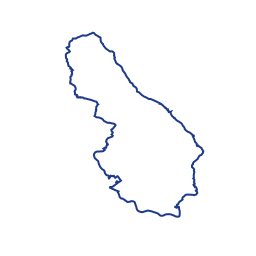 Axente Sever, Sibiu, Romania, rotated 207°
{"feature_id": "2599482B14007981056124", "entity_name": "Axente Sever", "entity_type": "district", "adm_level": 2, "iso_a3": "ROU", "parent_name": "Romania", "parent_adm1": "Sibiu", "projection": "robinson", "projection_center": [24.236, 46.068], "detail": "fine", "context": "isolated", "style": "outline", "palette": "blue", "viewbox_px": 256, "rotation_deg": 207, "n_neighbors": 0, "source": "geoboundaries", "source_scale": "gbopen_adm2", "svg_char_len": 5793}
<svg xmlns="http://www.w3.org/2000/svg" viewBox="0 0 256 256"><g transform="rotate(207 128 128)"><path d="M219.2,171.6L218.1,171.0L216.3,170.6L214.6,169.9L214.8,168.9L216.4,166.9L216.6,166.1L216.7,165.1L215.2,162.5L214.2,161.7L213.6,161.7L213.0,160.9L212.9,159.7L211.8,159.3L211.3,159.0L210.9,158.6L210.5,157.8L209.8,157.2L209.3,156.3L208.0,156.2L206.5,155.8L206.2,155.6L206.3,154.8L205.0,155.0L203.8,154.6L204.5,154.1L204.5,153.7L204.0,153.3L204.0,152.8L203.3,152.7L203.0,151.6L202.3,150.8L202.3,150.4L202.5,149.9L202.3,149.4L202.0,149.1L202.1,148.6L202.5,147.7L202.4,147.0L201.2,145.4L200.9,144.7L200.7,143.6L200.5,143.4L200.4,142.6L199.9,142.3L199.7,141.5L198.9,141.7L195.4,141.4L194.5,141.2L193.2,140.2L192.6,139.6L192.2,138.7L192.1,138.2L192.3,136.5L191.4,135.6L191.1,134.9L190.4,133.9L188.5,134.2L188.4,133.8L188.0,133.7L188.0,133.3L187.6,133.4L187.5,132.9L186.9,132.6L186.3,132.6L186.1,132.9L185.7,133.0L185.9,132.7L185.6,132.8L185.4,133.2L184.9,133.4L184.8,133.6L184.1,133.5L183.7,133.7L183.7,134.0L183.4,134.0L182.8,134.4L181.5,134.7L180.3,134.4L179.5,134.9L178.2,135.3L176.6,135.5L175.1,136.0L174.4,136.0L173.6,136.3L169.7,136.7L168.1,137.1L167.2,136.7L166.1,135.7L165.4,135.5L165.7,135.1L165.8,134.8L165.5,133.9L165.9,132.6L165.2,130.9L164.5,129.8L164.8,129.5L164.1,128.4L164.2,127.8L164.0,126.8L163.4,125.6L163.3,123.5L160.8,123.3L158.2,124.3L156.9,124.3L156.1,124.5L154.6,124.3L152.8,123.4L149.0,123.3L147.3,123.9L146.9,124.3L144.7,124.7L142.7,125.4L141.5,125.4L140.4,124.9L140.3,124.7L140.9,121.8L141.4,120.1L142.1,119.0L141.2,117.8L140.7,117.5L139.8,117.3L139.5,117.0L139.5,115.9L139.7,114.8L138.0,114.2L138.0,113.5L138.1,113.3L141.4,109.6L141.7,107.5L141.4,106.6L141.4,106.0L140.2,105.1L139.6,104.5L139.5,104.2L139.1,104.2L138.9,104.5L138.4,104.1L138.9,103.3L139.0,102.8L139.0,102.1L138.6,101.1L138.5,100.6L139.5,100.2L139.6,99.8L139.9,99.5L140.2,99.1L140.2,98.7L140.4,98.5L138.7,98.0L139.6,96.1L140.1,95.7L143.5,93.7L144.8,93.0L145.4,92.5L146.3,91.1L146.3,89.1L146.1,88.4L144.4,86.5L143.6,86.0L139.5,84.9L137.9,83.0L136.4,81.7L135.1,80.7L133.8,80.1L132.5,79.6L130.4,79.4L129.5,79.0L128.8,78.4L128.6,77.8L128.1,77.4L127.0,76.7L126.1,76.4L125.0,76.4L124.2,76.6L123.6,76.7L123.2,76.4L122.8,75.7L122.8,75.2L122.5,74.7L122.0,74.4L121.8,74.8L121.7,75.5L121.8,77.6L120.8,77.7L119.4,78.6L119.3,78.4L118.6,78.8L117.7,78.1L116.8,77.8L116.2,78.9L115.9,79.8L115.4,80.3L114.3,79.9L112.8,79.1L112.7,79.0L110.4,77.9L111.7,75.4L113.7,75.5L114.0,74.2L112.6,73.7L114.8,69.1L115.8,68.1L117.1,67.3L117.1,67.1L116.9,66.6L110.8,66.9L107.7,67.2L107.8,66.6L108.0,66.4L107.9,66.0L106.9,65.6L106.3,65.0L105.8,64.6L104.2,62.8L103.6,62.5L102.0,62.1L101.6,62.4L100.6,62.6L99.4,62.4L98.6,62.6L97.6,62.1L96.9,62.2L95.0,61.8L94.1,62.3L92.7,63.3L92.5,63.7L91.9,64.3L89.8,65.1L88.7,65.0L88.0,64.7L86.9,63.4L84.9,61.6L83.8,60.2L82.9,59.4L81.4,58.8L79.8,58.8L78.5,59.0L77.0,59.5L73.3,63.1L71.8,63.8L68.9,64.5L63.7,65.3L62.4,65.4L59.9,64.7L58.9,64.8L58.2,65.0L56.6,66.2L55.4,67.9L54.5,68.6L53.2,69.4L51.8,70.1L50.3,70.5L47.8,70.8L45.8,70.8L44.1,71.2L42.8,71.9L42.4,72.4L42.2,72.9L42.3,73.5L43.8,76.7L44.4,77.7L45.5,78.7L46.7,80.7L47.9,80.7L48.0,79.8L48.2,79.2L48.6,79.0L51.0,79.0L49.2,79.4L48.7,79.8L49.5,81.4L49.5,81.8L49.4,82.2L48.9,82.7L48.7,83.0L48.7,83.4L48.9,84.2L48.7,85.5L46.9,89.0L47.3,89.3L47.8,90.6L47.6,91.6L47.1,92.3L46.5,94.2L45.6,95.2L44.8,95.7L41.8,97.0L40.3,97.8L38.6,98.1L37.8,99.0L37.2,99.5L37.0,100.2L36.8,101.7L37.2,102.2L39.1,102.9L39.1,103.1L38.3,103.4L38.6,103.9L38.8,104.6L39.9,105.7L41.4,106.4L41.7,105.8L42.7,106.5L43.0,106.5L43.9,107.2L43.8,107.5L43.2,108.1L43.2,108.6L43.6,109.0L44.4,109.4L44.8,109.8L44.7,110.5L45.6,112.2L45.9,112.4L46.8,112.6L46.6,113.2L48.2,116.2L48.3,116.9L48.8,118.1L48.8,118.8L50.0,119.9L50.2,121.1L51.6,121.9L52.6,122.0L53.2,122.2L54.1,123.8L53.6,125.3L54.0,126.0L54.1,126.7L53.9,127.6L52.6,130.3L51.8,132.3L52.0,132.9L51.7,135.9L50.5,137.2L50.2,137.9L50.3,138.7L49.9,140.0L50.3,141.4L50.8,141.5L51.4,142.2L52.5,142.6L53.5,143.6L56.1,143.8L57.5,144.2L57.7,143.6L58.1,143.3L59.1,144.0L59.4,144.9L59.8,145.4L61.8,146.0L64.2,148.3L66.5,150.1L65.7,150.7L65.9,151.1L67.2,151.2L71.0,152.0L72.9,151.8L75.3,152.2L76.9,152.8L77.3,153.4L77.7,153.6L78.8,154.5L79.9,154.7L81.6,156.0L82.9,156.5L83.7,156.6L84.7,156.6L85.2,156.8L87.3,156.8L89.2,157.2L89.9,157.4L90.3,157.9L90.8,158.0L91.6,157.8L92.0,158.2L94.1,158.6L96.4,160.2L97.3,161.2L97.2,162.0L97.8,161.4L98.9,160.7L99.5,161.1L100.3,161.9L100.3,162.1L100.2,162.1L100.5,162.3L100.8,162.6L101.2,162.0L102.0,162.6L103.9,162.8L103.9,163.2L104.7,163.2L106.1,163.5L107.8,164.2L108.9,164.1L109.6,164.4L110.1,164.2L110.0,164.5L116.8,164.4L121.1,164.1L122.2,163.5L122.7,163.3L125.2,163.5L128.0,163.3L130.9,163.7L134.3,164.8L136.2,164.5L136.7,164.8L137.9,166.8L138.4,167.2L139.7,167.8L141.1,167.9L142.0,167.8L142.7,168.3L142.8,168.6L143.4,168.8L144.4,169.7L145.6,169.6L146.9,169.7L147.1,170.2L147.7,170.4L148.0,170.9L148.9,171.2L149.6,172.0L150.1,172.2L150.6,172.3L152.3,173.1L154.2,174.3L154.4,174.6L155.5,175.4L157.1,176.0L157.3,176.3L158.1,176.5L159.1,177.1L159.4,177.8L160.8,178.8L161.2,179.3L162.7,179.8L163.3,179.8L163.6,180.0L165.3,180.2L166.1,180.2L166.4,180.0L166.9,180.4L168.5,180.8L168.9,181.4L171.8,183.7L171.9,184.6L171.7,184.8L173.1,186.1L173.3,186.1L173.5,186.5L173.4,186.7L174.4,188.5L176.3,189.2L178.0,188.6L178.6,188.1L179.5,188.1L184.0,188.8L187.0,190.2L188.2,191.1L188.4,191.5L189.3,191.6L190.9,192.4L192.0,193.4L193.5,196.0L194.5,196.2L195.7,196.0L196.8,196.3L199.2,196.3L201.5,197.2L202.8,196.8L203.5,195.5L204.3,194.9L205.6,193.1L207.1,191.4L208.4,190.7L210.4,190.0L213.2,186.6L213.9,186.1L214.7,184.6L215.1,184.0L217.7,182.7L217.6,180.9L217.7,180.3L218.5,179.5L218.8,178.8L219.0,177.9L218.4,176.0L217.3,174.0L217.3,173.7L218.9,172.2L219.2,171.6Z" fill="none" stroke="#1e3a8a" stroke-width="2"/></g></svg>